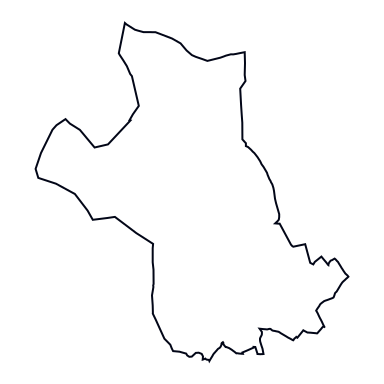 Ikwerre, Rivers, Nigeria (Albers equal-area conic projection)
{"feature_id": "59680162B85189896765318", "entity_name": "Ikwerre", "entity_type": "district", "adm_level": 2, "iso_a3": "NGA", "parent_name": "Nigeria", "parent_adm1": "Rivers", "projection": "albers", "projection_center": [6.95, 5.081], "detail": "fine", "context": "isolated", "style": "outline", "palette": "ink", "viewbox_px": 384, "rotation_deg": 0, "n_neighbors": 0, "source": "geoboundaries", "source_scale": "gbopen_adm2", "svg_char_len": 4371}
<svg xmlns="http://www.w3.org/2000/svg" viewBox="0 0 384 384"><path d="M38.3,177.9L56.0,183.7L74.9,194.0L87.6,210.6L92.8,219.8L107.3,218.0L114.9,216.9L136.3,233.1L153.1,243.9L152.7,248.2L152.7,252.8L152.7,262.3L153.5,269.7L153.6,284.0L153.2,285.5L153.4,287.0L152.0,295.4L152.7,305.4L152.8,309.0L152.9,313.3L152.8,313.6L155.8,319.8L160.7,330.6L164.4,338.7L170.3,344.7L171.8,348.5L173.1,351.1L179.5,351.7L181.9,352.4L186.2,353.6L187.2,355.4L189.3,356.8L191.8,356.6L195.8,352.9L198.7,352.7L201.7,353.9L203.0,356.4L202.7,359.6L203.4,359.4L205.3,358.6L205.6,359.0L206.6,359.6L207.1,359.7L208.3,359.8L208.9,360.0L209.2,360.4L209.4,361.0L210.8,358.6L212.3,356.2L213.1,354.7L213.5,354.1L214.0,353.4L215.0,352.4L215.6,351.6L216.4,350.8L217.3,349.7L217.9,349.0L218.3,348.7L219.1,348.2L219.6,347.9L219.9,347.6L220.4,347.0L220.7,346.5L221.0,345.9L221.3,345.1L221.5,344.5L221.5,344.2L221.5,343.6L221.7,343.2L221.8,343.0L222.2,342.7L222.9,342.2L223.4,343.0L223.2,343.5L223.3,343.9L223.3,344.1L224.5,345.7L225.6,347.0L226.1,347.1L226.3,347.0L229.1,348.1L231.8,349.8L233.1,350.8L234.5,351.8L236.3,353.3L236.5,353.2L237.8,353.3L238.8,353.5L241.1,353.7L242.9,353.8L242.4,352.5L246.9,350.6L249.4,349.5L251.6,348.5L253.7,347.6L253.6,346.9L255.3,347.0L255.8,348.5L256.3,350.1L257.0,352.3L257.5,353.8L257.5,354.0L260.3,354.2L262.4,354.1L263.5,354.0L262.5,348.7L261.5,345.8L261.0,344.2L260.2,341.6L260.0,340.1L260.0,338.6L260.4,337.5L261.3,335.8L261.7,335.0L261.9,334.0L261.9,333.1L261.9,332.5L261.9,331.9L259.6,328.7L263.3,329.1L264.5,329.2L266.0,329.3L266.7,329.4L267.2,329.4L267.4,329.4L268.4,329.1L269.4,328.9L269.9,328.9L270.2,328.9L270.6,329.0L270.8,329.2L271.2,329.5L271.6,329.9L272.1,330.3L272.5,330.5L273.1,330.7L275.0,331.0L275.7,331.2L276.7,331.4L277.7,331.6L278.3,331.7L278.8,331.9L279.8,332.5L280.6,333.1L281.8,333.8L286.7,336.7L287.6,337.3L289.1,338.1L290.3,338.7L291.7,339.5L292.7,340.1L293.3,340.3L293.4,340.2L293.4,339.8L293.5,339.7L294.0,339.2L294.6,338.4L295.4,337.8L295.8,337.6L296.3,336.9L297.4,337.7L302.9,330.9L303.3,330.3L304.9,331.2L306.1,331.8L306.8,332.2L307.2,332.4L307.4,332.5L308.0,332.5L308.8,332.6L310.5,332.7L315.8,333.2L317.0,333.4L317.3,333.3L318.3,332.1L320.7,329.4L322.5,327.2L323.1,326.6L323.3,326.5L323.5,326.5L323.8,326.7L324.1,326.9L324.3,327.0L324.4,326.9L323.8,325.8L323.0,324.2L322.1,322.2L321.0,320.0L319.8,317.8L318.7,315.5L317.7,313.3L316.3,310.8L316.2,310.7L316.3,310.5L316.7,309.7L317.7,308.2L319.2,306.1L320.1,304.4L320.7,303.8L321.4,303.2L322.7,302.2L323.4,301.7L324.0,301.2L325.7,300.5L326.1,300.4L327.3,300.0L328.4,299.6L330.2,298.9L331.1,298.6L332.4,298.1L333.0,297.8L333.6,297.4L333.7,297.1L334.1,296.1L334.5,295.0L334.8,293.9L335.1,293.1L335.5,292.6L336.2,292.0L336.6,291.6L337.0,291.0L338.2,289.0L340.9,284.5L341.1,284.2L341.9,283.0L342.7,282.0L344.2,280.6L344.8,280.1L346.3,278.6L347.2,277.9L347.9,277.2L348.4,276.7L347.5,275.5L345.2,273.4L344.8,272.7L344.0,271.6L343.4,270.7L342.6,269.4L341.7,268.1L341.3,267.4L340.1,265.4L338.9,263.5L338.1,262.1L337.7,261.6L337.4,261.4L336.9,260.9L336.6,260.5L335.4,259.2L334.6,258.6L332.9,259.6L332.3,260.0L332.1,260.1L331.2,260.4L330.8,260.6L330.6,260.8L330.1,261.3L329.3,262.4L328.6,263.7L328.5,264.0L328.4,265.1L328.1,264.9L326.3,262.5L323.5,259.2L321.4,256.6L317.3,259.9L314.8,261.9L313.3,264.4L311.9,263.7L310.2,262.8L305.2,244.2L293.3,246.7L292.3,246.1L291.0,244.7L279.7,223.7L278.9,223.7L275.2,223.4L277.8,220.9L278.8,219.7L279.2,217.1L279.2,214.1L276.1,203.4L275.0,198.7L274.0,190.9L273.4,187.9L272.3,184.4L271.0,182.2L270.5,180.9L269.4,179.1L267.6,174.8L267.0,172.8L263.6,167.0L261.6,164.3L260.2,161.3L257.5,157.1L254.3,153.0L252.8,151.7L251.0,149.7L248.0,147.0L245.9,146.1L245.9,144.7L245.9,143.2L245.3,142.6L242.4,139.4L242.3,122.7L241.7,114.4L241.1,105.3L240.2,88.6L245.5,81.0L244.7,75.0L245.0,63.2L244.7,52.2L240.0,53.1L236.2,53.9L233.1,54.4L231.5,54.3L230.9,54.3L228.7,54.9L226.0,55.6L223.7,56.5L220.3,57.7L207.4,60.9L201.6,58.8L198.6,57.8L195.7,56.8L191.9,55.1L186.6,50.5L184.4,47.9L180.6,43.4L172.0,38.5L155.5,32.2L143.4,32.1L141.2,31.5L137.9,30.6L134.9,29.7L132.2,28.0L126.5,24.4L124.9,23.0L118.8,53.3L119.8,55.1L123.3,60.4L126.9,66.2L130.2,74.0L131.9,76.1L138.8,105.9L132.9,114.3L129.5,120.3L130.4,120.5L108.0,144.4L94.6,147.5L79.9,129.9L74.7,126.6L69.9,123.6L65.5,119.1L56.5,125.2L52.5,129.7L41.0,153.0L35.6,168.9L38.3,177.9Z" fill="none" stroke="#020617" stroke-width="2"/></svg>